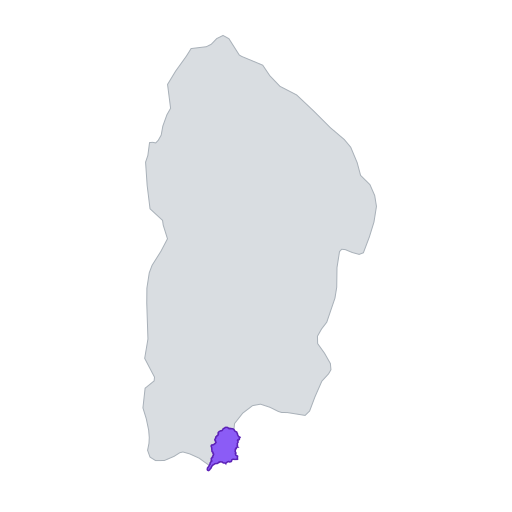 Sakteng, Tashigang, Bhutan (highlighted), rotated 94°
{"feature_id": "84629894B26708825657570", "entity_name": "Sakteng", "entity_type": "district", "adm_level": 2, "iso_a3": "BTN", "parent_name": "Bhutan", "parent_adm1": "Tashigang", "projection": "mercator", "projection_center": [91.93, 27.381], "detail": "fine", "context": "in_parent", "style": "filled", "palette": "violet", "viewbox_px": 512, "rotation_deg": 94, "n_neighbors": 0, "source": "geoboundaries", "source_scale": "gbopen_adm2", "svg_char_len": 6301}
<svg xmlns="http://www.w3.org/2000/svg" viewBox="0 0 512 512"><g transform="rotate(94 256 256)"><path d="M410.3,219.6L409.5,222.9L405.9,231.7L403.5,241.2L405.5,249.0L413.7,258.3L424.6,265.7L438.5,266.2L451.3,263.4L456.5,264.6L463.4,277.0L468.4,287.7L461.6,298.7L458.0,308.4L456.6,315.2L457.5,318.2L461.6,323.8L466.4,333.2L467.1,341.9L464.0,347.7L457.4,350.6L450.4,349.7L444.6,349.8L437.3,350.9L426.0,354.1L415.4,358.2L395.6,357.4L387.7,348.9L383.9,348.8L365.9,359.9L346.3,358.0L310.5,361.7L295.6,362.6L280.2,361.3L272.5,359.0L258.0,351.2L245.0,345.5L231.7,350.7L227.0,351.7L216.3,365.0L193.2,369.5L170.1,372.7L163.3,370.9L150.3,370.1L149.8,367.0L150.2,363.9L147.3,361.5L142.0,359.0L132.9,358.0L121.3,354.7L114.6,351.5L91.0,356.2L77.2,349.1L61.5,339.4L53.6,335.2L50.7,320.2L47.9,315.4L41.8,310.3L38.3,304.3L41.1,298.2L56.7,286.7L58.0,284.0L65.2,262.6L75.2,254.8L85.1,243.9L92.5,226.7L107.0,209.0L122.8,190.8L133.7,176.0L140.9,169.1L155.8,161.6L168.3,157.3L176.9,147.3L187.4,141.8L198.1,139.3L213.9,140.7L228.9,144.2L245.3,149.1L247.2,153.2L245.8,160.2L243.4,167.4L243.3,171.0L245.8,173.0L261.9,174.4L281.5,173.3L292.5,174.3L317.1,180.8L324.2,185.5L331.7,189.1L339.1,188.4L348.3,180.8L358.1,174.3L364.2,173.3L368.5,175.4L376.3,181.6L392.5,187.4L406.9,191.7L411.6,195.9L410.0,213.7L410.3,219.6Z" fill="#d9dde1" stroke="#a8b0b8" stroke-width="1"/><path d="M473.7,288.9L473.4,288.6L473.4,288.3L472.6,287.4L472.4,287.3L472.1,287.1L471.9,287.1L471.7,287.0L471.5,286.7L471.4,286.7L470.8,286.1L470.7,286.1L470.3,286.0L470.2,285.9L469.9,285.9L469.7,285.7L469.2,285.7L468.8,285.4L468.7,285.4L468.4,285.0L468.2,285.0L467.9,284.7L467.5,284.4L467.3,284.1L467.3,283.9L467.1,283.7L466.6,283.1L466.2,282.7L466.1,282.4L465.8,281.3L465.8,280.9L465.7,280.3L465.6,280.0L465.4,279.8L464.9,279.2L464.5,278.9L464.7,278.7L464.1,277.9L464.0,277.7L463.8,277.7L463.7,277.5L463.8,277.3L463.9,277.0L463.8,276.4L463.9,275.7L463.9,275.2L464.1,275.0L464.2,274.9L464.3,274.7L464.7,274.3L464.7,273.9L464.7,273.5L464.7,272.8L464.7,272.5L464.8,272.1L465.1,271.8L464.9,271.8L464.4,271.1L464.1,270.9L463.8,270.5L463.6,270.4L463.4,270.1L463.2,269.8L463.2,269.6L462.9,269.0L463.0,268.6L463.3,268.3L463.3,267.9L463.2,267.7L463.1,267.2L463.0,266.7L462.6,266.4L462.5,266.2L462.2,266.1L461.7,266.1L461.4,266.0L461.1,266.0L460.9,265.6L460.5,265.2L460.4,264.7L460.3,264.4L460.3,264.0L460.4,263.7L460.4,263.4L460.4,263.1L460.3,261.8L460.2,261.4L460.2,260.6L460.0,260.2L459.8,260.2L459.4,260.4L459.0,260.4L458.8,260.5L457.8,260.4L457.2,260.4L457.2,260.5L456.6,260.9L456.6,261.1L456.6,261.4L456.5,261.5L456.4,261.7L456.3,262.0L456.2,262.1L456.0,262.3L455.8,262.3L455.7,262.3L455.4,262.4L455.3,262.5L455.1,262.6L454.8,262.8L454.7,262.7L454.0,262.2L453.7,262.6L453.3,262.7L452.9,262.8L452.6,263.1L452.4,263.2L451.9,263.1L451.7,263.1L451.1,263.1L450.9,263.0L450.7,262.9L450.6,263.0L450.3,263.2L450.2,263.2L449.7,262.8L449.6,262.7L449.3,262.3L449.3,262.2L449.2,262.2L449.1,262.4L448.9,262.4L448.7,262.4L448.5,262.1L448.4,261.9L447.8,261.1L447.8,260.9L447.7,261.0L447.2,261.3L446.8,261.4L446.4,261.3L446.2,261.5L445.8,261.3L445.5,261.4L445.1,261.5L444.9,261.5L444.7,261.5L444.4,261.6L444.2,261.5L443.9,261.4L443.5,261.2L443.1,260.9L442.9,261.0L442.7,261.0L442.4,261.0L442.0,261.0L441.7,261.4L441.6,261.5L441.3,261.6L441.2,261.6L440.8,261.4L440.8,261.1L440.8,260.8L440.7,260.6L440.6,260.3L440.3,260.0L440.0,259.8L439.8,259.8L439.6,259.8L439.2,259.9L439.0,260.0L438.8,259.9L438.4,259.5L438.1,259.3L438.0,259.5L437.9,259.7L437.8,259.8L437.7,259.8L437.7,260.1L437.5,260.3L437.4,260.6L437.2,260.8L436.9,261.0L436.7,261.2L436.5,261.4L436.3,261.5L436.0,261.6L435.8,261.8L435.7,261.9L435.2,262.0L434.7,262.1L434.3,262.2L434.1,262.4L433.9,262.6L433.7,262.7L433.4,262.8L433.2,262.8L432.9,263.0L432.8,263.4L432.6,263.8L432.5,264.2L432.3,264.5L432.1,264.8L432.0,265.0L431.6,265.2L431.3,265.4L430.9,265.7L430.8,265.8L430.8,266.0L430.7,266.1L430.3,266.3L430.2,266.5L430.2,266.8L430.1,267.0L430.0,267.3L430.0,267.9L430.0,268.0L430.0,268.4L429.9,268.4L429.9,268.6L430.0,268.9L430.0,269.0L429.8,269.3L430.1,269.6L430.2,269.8L430.1,270.0L429.9,270.3L429.8,270.5L430.1,270.7L430.1,270.8L430.1,271.0L429.8,271.3L429.7,271.4L429.7,271.5L429.5,271.8L429.2,272.0L429.0,272.4L429.0,272.6L429.0,273.7L429.0,274.0L429.1,274.5L429.2,274.8L429.4,275.0L429.6,275.1L429.9,275.3L429.9,275.5L430.2,275.9L430.3,276.0L430.4,276.5L430.8,276.7L431.0,276.9L431.5,277.0L431.9,277.4L432.4,277.6L432.6,277.9L432.7,278.0L432.8,278.7L432.8,279.0L433.3,279.9L433.5,280.1L433.7,280.5L434.0,280.8L434.2,281.0L434.5,281.2L434.7,281.3L434.8,281.4L435.1,281.3L435.3,281.4L435.7,281.4L435.8,281.4L435.9,281.2L436.1,281.0L436.3,281.1L436.8,281.3L437.0,281.5L437.4,281.5L437.7,281.6L437.8,281.7L437.8,282.0L438.0,282.2L438.1,282.5L438.6,282.7L438.9,282.8L438.9,283.0L439.2,283.3L439.3,283.5L440.1,283.6L440.5,283.5L440.8,283.6L441.1,283.9L442.2,284.3L442.3,284.3L442.6,284.2L442.8,283.9L443.1,283.5L443.6,283.5L444.0,283.5L444.3,283.1L444.5,282.9L444.8,282.9L445.4,283.3L445.6,283.5L445.9,283.7L446.1,283.8L446.2,284.3L446.3,284.4L446.5,284.5L446.9,284.8L447.1,285.0L447.3,285.4L447.4,285.7L447.4,285.8L447.6,286.1L447.4,286.7L447.5,286.8L447.8,287.0L448.0,287.2L448.0,287.3L448.5,287.5L448.8,287.5L449.2,287.4L449.7,287.0L450.0,287.0L450.5,286.8L450.9,286.8L451.2,286.7L451.7,286.6L452.2,286.6L452.5,286.6L453.1,286.4L453.9,286.3L454.1,286.3L454.3,286.1L454.4,285.8L454.5,285.6L454.7,285.3L454.8,285.2L455.1,285.3L455.4,285.3L455.6,285.2L455.8,285.1L456.0,285.1L456.4,284.5L456.6,284.4L457.1,284.6L457.6,284.8L457.9,284.8L458.1,284.7L458.2,284.8L458.4,285.1L458.7,285.3L458.9,285.3L459.1,285.4L459.3,285.4L459.7,285.2L459.9,285.2L460.2,285.5L460.3,285.8L460.5,286.2L460.7,286.3L460.9,286.4L461.1,286.5L461.2,286.4L461.4,286.3L461.6,286.3L461.8,286.4L462.2,286.4L462.3,286.4L462.6,286.3L462.8,286.4L463.0,286.1L463.2,285.9L463.3,285.9L463.7,285.9L463.7,286.0L463.9,286.3L464.0,286.5L464.3,286.6L464.5,286.7L464.8,286.7L465.0,286.9L465.3,287.1L465.5,287.1L465.6,287.3L466.2,287.4L466.4,287.4L466.5,287.4L466.8,287.2L467.0,287.3L467.5,287.7L467.8,287.9L468.2,288.0L468.4,288.1L468.7,288.3L469.3,288.5L469.5,288.6L469.7,288.9L470.3,289.1L470.5,289.4L470.6,289.5L470.8,289.6L471.1,289.6L471.7,289.7L472.6,289.7L473.1,289.3L473.5,288.8L473.7,288.9Z" fill="#8b5cf6" stroke="#5b21b6" stroke-width="1.5"/></g></svg>